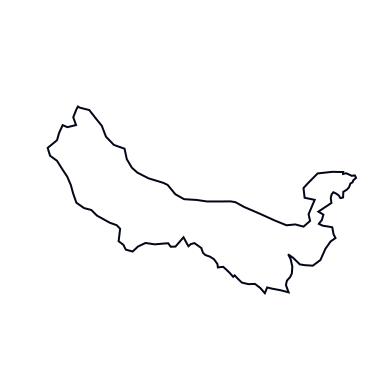 the district of Mamountali, Paphos, Cyprus, rotated 23°
{"feature_id": "46923920B96361744378997", "entity_name": "Mamountali", "entity_type": "district", "adm_level": 2, "iso_a3": "CYP", "parent_name": "Cyprus", "parent_adm1": "Paphos", "projection": "orthographic", "projection_center": [32.61, 34.916], "detail": "fine", "context": "isolated", "style": "outline", "palette": "ink", "viewbox_px": 384, "rotation_deg": 23, "n_neighbors": 0, "source": "geoboundaries", "source_scale": "gbopen_adm2", "svg_char_len": 1941}
<svg xmlns="http://www.w3.org/2000/svg" viewBox="0 0 384 384"><g transform="rotate(23 192 192)"><path d="M323.2,114.6L313.1,118.7L300.4,125.8L295.1,139.1L293.1,144.8L297.9,153.3L308.0,151.3L308.0,157.3L308.0,166.9L312.0,172.5L308.2,180.3L299.7,181.5L292.0,185.7L279.2,185.9L262.9,185.5L245.6,185.4L236.0,184.4L231.4,185.5L209.7,194.8L199.4,197.5L187.5,201.7L177.6,200.6L166.8,195.0L161.9,194.8L146.6,196.4L134.1,195.5L127.1,193.1L119.1,187.2L113.0,178.5L101.7,179.2L91.2,174.7L83.1,166.3L75.9,162.5L65.4,156.7L63.0,157.1L55.8,158.2L53.6,157.9L53.3,160.9L53.5,169.6L59.1,175.7L52.0,181.0L46.8,181.0L46.6,189.5L47.5,197.1L41.9,207.8L45.0,211.5L47.2,214.1L55.5,216.0L64.3,222.1L71.0,226.5L77.8,233.0L83.1,239.7L89.7,247.0L98.9,249.0L106.3,247.9L113.9,250.9L128.3,252.4L135.7,252.0L140.2,253.9L143.7,266.0L149.4,267.4L153.6,270.9L160.6,270.0L163.6,263.3L169.1,257.1L178.3,254.7L186.1,250.5L190.1,248.5L193.8,250.7L198.1,248.7L201.9,237.0L207.4,241.4L209.9,243.3L211.3,240.4L214.2,238.1L222.4,239.9L225.9,243.7L228.9,244.8L233.9,244.5L238.5,245.3L243.5,248.3L245.3,251.3L249.9,248.7L252.4,249.5L258.5,251.8L263.0,254.0L263.8,252.1L267.8,253.8L273.2,255.9L279.9,254.8L285.9,252.0L292.4,253.7L298.6,256.7L298.5,250.5L303.4,249.7L311.5,247.9L320.1,246.6L318.5,244.9L314.8,240.9L314.0,236.5L315.6,231.9L315.7,227.8L313.5,221.5L309.0,215.2L304.9,211.8L305.4,211.9L310.9,213.1L319.5,216.5L324.7,215.2L332.0,212.6L336.8,204.4L336.8,204.1L337.0,192.4L337.0,192.1L338.9,183.4L342.1,178.3L338.9,175.7L334.9,169.7L331.6,170.4L325.6,171.9L321.2,171.8L321.2,171.5L322.5,167.0L321.8,161.5L316.0,160.7L324.6,147.6L322.1,143.4L321.5,139.9L321.5,139.6L322.2,137.0L324.8,137.1L328.2,137.7L331.0,139.6L333.2,138.0L331.2,132.7L331.3,132.6L333.6,129.4L334.7,126.4L334.5,122.4L334.6,122.1L336.0,120.4L335.9,118.2L337.5,114.9L335.3,113.1L332.8,114.7L328.5,114.5L326.3,114.6L324.0,116.4L323.2,114.8L323.2,114.6Z" fill="none" stroke="#020617" stroke-width="2"/></g></svg>